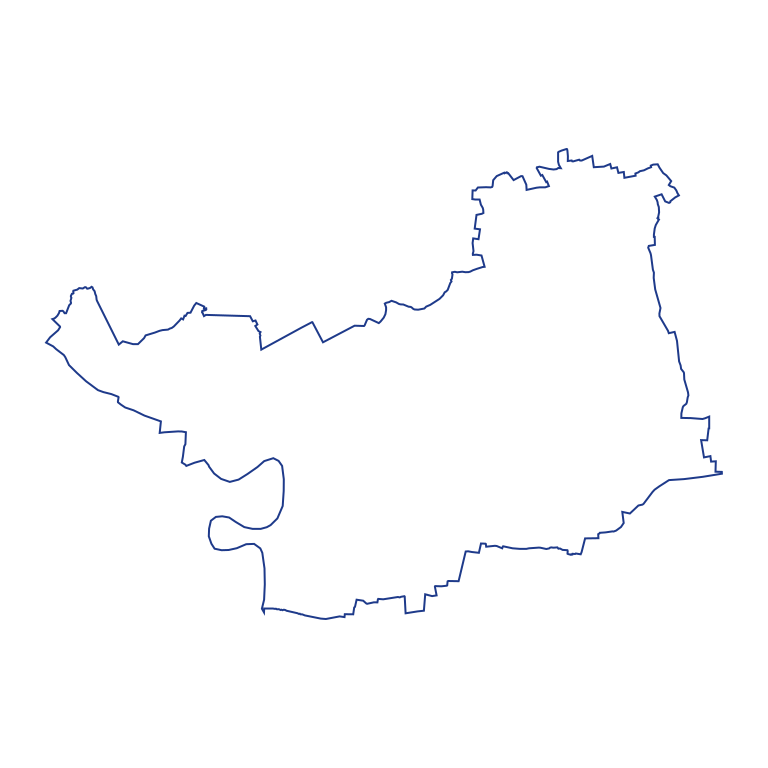 Krathum Baen, Nakhon Pathom, Thailand (Albers equal-area conic projection)
{"feature_id": "78962969B60884985036965", "entity_name": "Krathum Baen", "entity_type": "district", "adm_level": 2, "iso_a3": "THA", "parent_name": "Thailand", "parent_adm1": "Nakhon Pathom", "projection": "albers", "projection_center": [100.27, 13.664], "detail": "fine", "context": "isolated", "style": "outline", "palette": "blue", "viewbox_px": 768, "rotation_deg": 0, "n_neighbors": 0, "source": "geoboundaries", "source_scale": "gbopen_adm2", "svg_char_len": 6075}
<svg xmlns="http://www.w3.org/2000/svg" viewBox="0 0 768 768"><path d="M264.0,612.4L264.2,608.5L272.7,608.5L275.1,608.9L275.9,608.7L277.0,609.3L278.9,609.2L280.6,610.0L281.5,609.7L282.5,610.2L283.9,609.7L285.5,610.1L286.4,610.7L297.4,613.2L298.9,613.9L299.8,613.7L300.4,614.3L302.4,614.4L304.8,615.4L320.8,618.6L325.9,619.0L339.6,616.4L344.5,617.1L344.8,614.2L353.2,614.3L354.2,607.5L355.0,606.8L356.6,599.7L363.2,600.7L366.2,603.4L367.1,603.8L374.0,602.3L377.4,602.4L377.9,599.4L378.2,598.9L383.2,599.3L397.9,597.0L399.8,597.4L401.0,596.8L404.4,596.2L404.7,596.5L405.6,613.3L417.6,611.4L423.9,610.7L425.2,594.3L432.1,596.1L436.6,595.4L434.9,586.7L435.2,586.1L441.5,586.3L446.8,585.7L447.2,585.4L447.6,581.4L448.2,581.0L458.6,581.2L465.7,551.5L468.1,551.3L471.8,552.0L478.9,552.8L481.0,543.5L485.5,543.7L485.8,543.9L486.2,546.7L494.9,545.8L496.7,546.0L502.2,548.3L502.9,546.4L503.2,546.3L512.6,548.3L520.2,548.9L526.2,548.9L529.0,548.3L538.8,547.6L540.3,547.7L546.3,549.0L549.2,548.4L550.0,547.7L551.2,547.4L553.4,547.7L557.4,547.4L558.4,548.7L560.0,548.5L562.6,549.9L567.4,550.2L567.7,551.1L567.5,553.7L568.0,554.0L570.9,554.8L571.2,554.3L572.4,554.5L572.6,553.8L575.1,554.0L575.8,553.5L580.7,554.3L581.6,552.1L585.1,538.4L598.4,538.2L598.2,534.2L599.5,533.4L599.8,532.8L605.5,532.4L612.4,531.4L613.7,531.5L616.1,530.6L621.0,527.0L623.7,523.0L622.3,511.9L629.9,513.5L638.4,505.5L642.5,504.6L643.5,503.9L652.5,492.0L654.6,489.7L659.5,486.2L669.0,480.1L684.1,479.1L702.9,476.8L721.9,473.7L721.8,471.9L715.5,471.7L715.8,461.3L711.1,461.6L710.4,456.1L704.0,457.4L701.1,440.1L707.2,440.3L708.6,428.5L709.2,428.4L709.2,416.6L705.0,418.3L702.5,419.0L690.9,418.1L681.3,417.9L681.4,413.3L682.8,407.2L683.5,406.0L686.3,403.8L686.9,402.2L687.7,397.4L688.4,395.4L688.0,392.3L684.3,379.5L684.0,373.1L683.7,372.2L681.1,368.9L680.6,365.4L679.1,361.4L677.0,340.9L674.6,331.9L668.8,333.2L668.0,330.8L659.5,316.2L659.4,313.5L660.5,308.0L655.2,289.4L653.7,277.9L653.9,272.6L652.9,269.7L651.0,255.2L650.5,253.2L648.2,247.7L648.8,245.9L654.9,244.9L654.7,236.9L653.9,236.9L653.9,234.7L654.7,228.5L655.8,225.0L658.9,219.6L658.2,219.3L658.3,218.0L657.6,217.9L658.2,216.8L659.1,212.3L658.8,207.0L657.8,204.2L657.6,202.3L656.9,200.1L654.8,196.6L661.6,194.3L665.2,201.4L669.0,202.9L670.2,202.3L670.4,201.2L675.2,197.4L678.9,195.4L677.5,193.2L676.3,190.4L674.3,187.6L670.3,186.2L668.8,185.0L671.2,181.1L666.4,175.4L663.2,173.1L659.5,167.7L657.7,164.3L653.2,164.6L650.8,165.6L651.1,167.2L647.8,168.4L644.0,170.3L639.9,171.2L638.3,172.4L635.4,173.5L635.6,175.7L624.4,177.8L623.8,172.0L618.4,172.9L617.0,167.3L611.4,168.5L610.2,164.0L603.9,166.6L593.8,167.2L592.2,155.9L581.8,160.5L580.0,160.5L579.2,159.7L573.1,161.4L572.2,161.3L571.7,160.5L567.8,161.0L567.9,156.2L567.4,150.6L567.1,149.2L566.5,149.0L561.5,150.6L558.5,151.9L558.1,152.4L558.1,161.7L558.9,164.9L560.8,168.2L558.3,168.0L556.6,169.1L553.6,169.5L549.0,168.9L539.5,166.7L536.9,167.3L536.7,168.1L540.9,175.7L542.3,175.0L546.2,182.1L547.1,181.6L548.9,186.1L545.3,187.3L540.1,187.3L536.6,187.7L526.6,189.9L526.3,184.7L522.5,176.2L521.1,176.1L513.6,180.1L508.2,173.1L507.4,173.3L506.8,172.3L504.5,173.3L504.2,172.7L496.7,176.1L493.2,180.2L492.6,185.9L492.2,186.9L490.7,187.4L486.1,187.2L477.9,187.5L475.6,190.5L472.6,190.4L472.3,199.1L475.0,199.5L479.6,199.5L480.9,204.7L482.7,207.8L483.2,209.6L483.4,213.0L481.8,213.8L476.5,214.9L474.7,228.6L480.0,229.3L478.5,239.2L473.2,238.4L472.6,243.1L473.5,251.1L472.8,253.8L472.9,254.9L476.6,254.7L481.5,255.5L484.6,266.8L482.7,267.0L477.0,268.8L472.8,270.3L470.3,271.6L468.5,272.1L465.4,272.2L462.3,271.7L457.2,272.3L454.9,271.8L452.1,272.3L452.0,273.2L452.5,274.5L451.9,278.7L450.9,280.0L451.5,281.5L450.3,283.0L447.7,289.9L446.1,291.5L444.7,292.3L443.1,295.3L439.5,298.9L430.2,304.9L426.2,306.6L424.4,308.5L418.2,309.7L414.7,309.5L413.4,309.0L411.6,307.4L410.7,306.9L408.6,306.7L403.3,304.5L400.7,304.4L399.0,304.0L396.2,302.4L391.5,300.8L389.1,302.1L386.2,302.8L384.8,303.6L386.1,307.3L386.1,310.1L385.4,314.2L383.7,317.7L380.5,321.6L378.8,323.1L370.0,319.0L368.3,318.8L367.0,319.8L364.6,325.4L364.0,326.0L354.6,325.7L323.0,342.3L312.4,322.2L312.1,322.1L301.4,327.7L261.3,349.6L259.9,336.7L260.4,335.6L259.7,333.6L260.5,332.1L258.5,331.1L255.3,326.0L257.4,324.5L255.5,320.5L252.8,321.3L250.1,316.2L205.9,314.9L204.0,316.1L202.4,312.5L202.1,312.4L202.2,311.1L205.8,310.0L206.3,309.4L206.2,308.3L203.9,308.5L204.2,306.6L196.3,303.0L194.2,305.6L190.5,312.7L187.5,312.9L185.6,316.0L184.5,315.7L183.1,319.4L181.2,318.4L179.5,320.6L173.8,326.5L171.7,328.0L170.0,328.5L168.0,329.6L162.5,330.1L159.6,330.8L154.8,332.6L145.6,335.4L144.1,338.1L138.0,344.1L132.9,344.1L122.8,341.3L118.8,344.6L97.1,301.0L96.6,299.7L96.2,296.1L95.3,294.1L94.6,291.2L93.1,289.3L92.5,287.4L91.6,286.8L90.0,288.0L87.6,288.7L87.0,288.6L86.2,287.5L85.5,287.2L84.9,287.2L82.8,288.5L79.2,288.1L77.3,289.6L73.4,290.7L73.2,291.3L73.5,293.2L73.1,293.6L71.9,293.8L70.9,295.9L70.9,296.8L71.4,297.8L70.5,300.9L71.0,302.7L70.9,303.5L69.2,305.2L66.1,313.2L64.6,313.2L63.4,311.4L62.6,310.8L59.6,311.0L59.0,313.0L57.4,315.7L55.4,317.7L54.2,318.5L52.4,319.1L60.0,326.5L60.1,327.1L58.1,330.3L50.1,337.3L46.1,342.6L53.2,346.4L56.2,349.2L63.9,355.1L65.3,357.2L69.0,365.1L77.0,373.0L86.1,381.3L97.9,390.1L103.4,392.1L111.4,394.1L118.3,396.8L118.6,397.2L117.9,401.4L118.0,402.3L120.9,404.6L125.2,407.5L133.6,410.3L144.5,415.6L160.9,421.4L159.7,432.9L164.3,432.3L178.0,431.4L181.8,431.5L185.9,432.2L185.4,444.2L184.2,446.4L182.9,456.7L181.8,462.5L185.4,464.7L186.3,465.9L194.6,462.7L204.3,460.0L208.5,465.1L209.1,466.7L214.1,473.5L221.1,478.9L229.8,481.9L238.6,479.6L247.5,474.0L257.5,467.0L264.2,461.1L273.3,458.2L278.6,460.9L282.1,465.9L283.8,479.2L283.7,491.0L282.7,506.0L277.4,518.4L270.6,525.1L266.8,527.2L260.6,528.9L252.7,528.9L244.3,527.1L235.8,522.0L229.1,517.5L222.3,516.3L215.9,516.9L210.9,520.7L209.1,528.6L208.8,536.3L211.4,543.7L214.6,548.7L221.6,550.2L228.6,550.0L236.8,548.2L246.2,544.2L254.1,543.9L260.3,548.4L262.3,552.8L264.5,568.4L264.8,584.3L264.1,599.7L261.9,608.7L264.0,612.4Z" fill="none" stroke="#1e3a8a" stroke-width="2"/></svg>